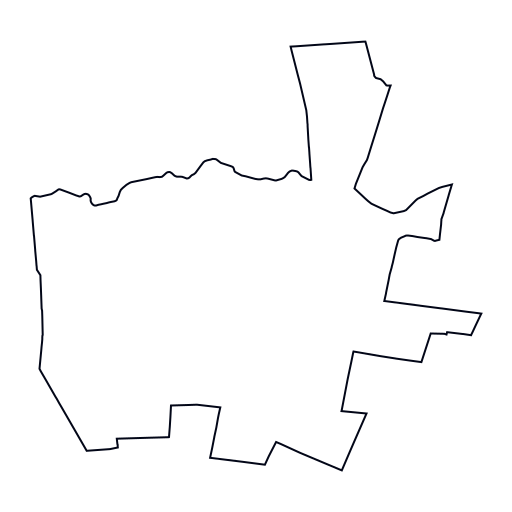 Zavoaia, Braila, Romania (Mercator projection)
{"feature_id": "2599482B8806992520419", "entity_name": "Zavoaia", "entity_type": "district", "adm_level": 2, "iso_a3": "ROU", "parent_name": "Romania", "parent_adm1": "Braila", "projection": "mercator", "projection_center": [27.485, 44.962], "detail": "fine", "context": "isolated", "style": "outline", "palette": "ink", "viewbox_px": 512, "rotation_deg": 0, "n_neighbors": 0, "source": "geoboundaries", "source_scale": "gbopen_adm2", "svg_char_len": 4590}
<svg xmlns="http://www.w3.org/2000/svg" viewBox="0 0 512 512"><path d="M451.9,184.5L448.7,185.3L445.5,186.1L442.3,186.9L438.9,188.0L427.6,193.6L423.3,196.0L417.6,198.8L415.6,200.5L406.1,210.1L403.8,211.1L393.6,213.3L390.5,212.5L387.1,210.9L382.3,208.8L375.2,205.5L371.4,203.7L368.1,201.1L365.2,198.5L361.8,195.3L354.5,188.5L355.9,183.8L357.6,179.6L362.6,167.2L364.4,164.1L366.9,160.1L367.7,157.9L369.3,152.7L371.5,145.6L372.2,143.4L374.4,136.4L376.6,129.3L378.8,122.2L380.9,115.3L383.0,108.4L384.8,103.0L387.2,95.7L389.9,87.3L390.6,85.5L390.0,85.5L387.9,85.6L386.4,85.4L383.2,81.4L380.6,79.2L376.0,78.0L374.9,76.8L374.4,76.2L374.1,75.2L374.1,74.5L370.9,62.3L366.7,46.3L365.9,43.3L365.4,41.6L362.9,41.7L351.6,42.5L343.0,43.1L334.4,43.7L331.5,43.9L325.2,44.3L324.6,44.3L317.6,44.8L296.0,46.3L290.6,46.6L291.6,50.7L297.7,74.6L300.1,83.7L306.3,110.3L307.0,116.7L307.4,122.9L307.6,124.5L307.6,126.2L308.3,138.6L308.3,138.9L308.9,147.1L309.0,147.2L309.4,153.0L309.4,153.4L310.2,164.4L310.2,164.8L310.4,167.5L310.5,167.9L311.3,179.8L310.7,180.0L309.1,179.9L301.6,176.1L300.1,174.4L298.5,172.4L297.4,171.6L295.8,171.1L292.9,170.6L291.7,170.6L289.6,171.5L288.1,172.8L286.4,175.0L284.7,177.1L283.2,178.1L281.6,178.9L279.1,179.6L276.0,180.5L274.8,180.4L267.9,178.6L265.8,178.3L263.5,178.6L260.6,179.3L257.9,179.3L255.2,178.9L251.9,178.0L245.7,176.3L241.7,175.5L235.1,171.9L234.5,171.1L233.7,168.4L233.1,167.3L232.4,166.8L230.7,166.1L220.9,162.9L217.0,159.9L216.1,159.3L215.4,159.1L212.7,158.9L210.6,159.6L207.3,160.3L204.8,161.2L203.4,162.3L200.5,166.1L195.5,172.9L193.9,174.2L191.8,175.2L190.7,176.2L189.4,177.6L188.1,178.3L186.8,178.5L185.7,178.1L183.9,177.4L182.1,176.8L180.8,176.7L177.9,176.7L177.0,176.7L175.5,176.2L174.5,175.7L171.8,173.2L171.0,172.7L170.0,172.1L169.3,172.0L168.3,172.1L167.4,172.3L166.5,172.8L165.7,173.5L163.3,175.7L161.9,176.8L159.9,177.1L157.2,176.9L155.2,177.2L152.4,177.8L146.6,179.1L136.7,181.1L131.3,182.2L129.6,182.9L126.5,184.8L122.8,187.9L120.9,189.8L119.8,192.0L118.6,195.8L117.3,198.4L116.8,199.9L115.9,200.7L114.5,201.3L111.3,201.9L109.0,202.4L106.6,203.1L103.6,203.7L101.0,204.3L98.4,204.8L96.2,205.5L94.6,205.5L93.5,205.1L92.0,203.7L91.2,202.4L90.8,201.4L90.6,200.3L90.7,198.6L90.3,197.4L89.7,196.4L89.1,195.4L88.1,194.5L87.1,194.1L85.8,193.8L84.5,194.0L83.3,194.6L82.1,195.4L81.1,196.1L80.3,196.4L79.3,196.5L78.0,196.0L76.3,195.5L73.0,194.2L68.6,192.5L60.7,189.6L59.7,189.3L58.6,189.4L57.8,189.9L55.9,191.3L52.1,193.7L51.0,194.2L40.1,196.7L35.1,195.9L34.4,195.9L32.7,196.8L31.6,197.5L30.7,198.4L31.0,201.6L32.7,221.1L32.7,221.3L33.9,235.5L34.0,235.7L35.2,250.0L35.2,250.5L36.2,261.4L36.5,265.5L36.6,265.9L36.9,269.8L40.4,275.2L40.5,278.9L40.5,279.3L40.9,288.4L41.2,296.3L41.2,296.5L41.6,307.9L41.6,308.4L42.1,310.7L42.3,316.8L42.7,335.0L42.4,335.7L42.3,337.4L42.3,339.2L42.0,342.8L41.6,346.4L41.3,349.9L39.5,368.8L40.8,371.3L45.4,379.2L49.3,386.0L54.8,395.6L55.8,397.3L56.7,398.7L57.2,399.6L59.3,403.4L60.9,406.1L61.6,407.3L71.7,424.8L86.7,450.8L110.0,449.1L117.8,447.5L117.7,446.4L117.7,446.2L117.7,445.2L117.6,444.4L117.4,444.2L116.8,438.7L150.4,437.7L150.5,437.7L168.8,437.2L169.0,437.1L169.8,426.7L170.4,417.1L171.0,405.5L188.5,405.0L196.7,404.7L196.9,404.7L220.3,407.4L218.8,414.0L218.0,418.0L216.3,427.7L214.3,436.9L214.3,437.1L212.2,447.9L210.1,457.8L242.6,461.8L264.9,464.7L268.8,456.2L276.1,442.0L280.8,444.0L297.6,451.7L300.7,453.1L341.8,470.4L349.7,452.0L354.6,440.7L366.5,413.5L341.5,411.1L341.9,409.3L347.7,379.0L351.3,361.9L353.3,352.1L353.5,351.5L380.2,356.1L395.0,358.4L396.1,358.6L397.5,358.8L409.5,360.5L421.4,362.1L430.7,333.5L444.4,333.8L446.5,334.5L446.7,333.7L447.1,332.2L448.2,332.3L462.6,334.0L463.1,334.0L469.1,334.9L471.1,335.2L471.4,334.4L472.1,333.0L472.4,332.4L475.9,324.9L480.7,314.8L481.3,313.6L477.7,313.1L476.9,313.0L466.4,311.7L464.9,311.5L448.3,309.3L441.5,308.4L441.2,308.4L420.2,305.7L419.7,305.6L384.3,301.0L384.5,300.3L384.6,299.7L386.0,293.5L386.1,292.6L388.5,280.8L388.6,280.3L389.7,274.3L391.7,267.3L391.7,267.0L391.9,266.2L392.8,262.8L394.7,254.1L396.2,247.6L396.3,247.2L398.1,240.7L398.6,239.6L399.0,239.2L399.3,238.9L400.5,238.1L401.2,237.6L401.5,237.5L404.2,236.4L405.7,235.7L406.0,235.6L407.3,235.5L407.9,235.5L409.5,235.7L412.7,236.1L417.4,237.0L420.2,237.4L425.3,238.1L425.8,238.1L426.3,238.2L431.1,239.1L433.8,240.6L434.4,240.9L435.2,240.9L436.4,240.5L439.4,239.8L440.1,233.1L440.2,232.4L441.1,224.7L441.3,221.1L441.4,220.2L441.4,219.2L443.6,213.1L443.7,212.5L445.9,204.9L448.6,195.6L448.8,194.8L450.6,188.8L451.0,187.6L451.3,186.4L451.7,185.1L451.9,184.5Z" fill="none" stroke="#020617" stroke-width="2"/></svg>